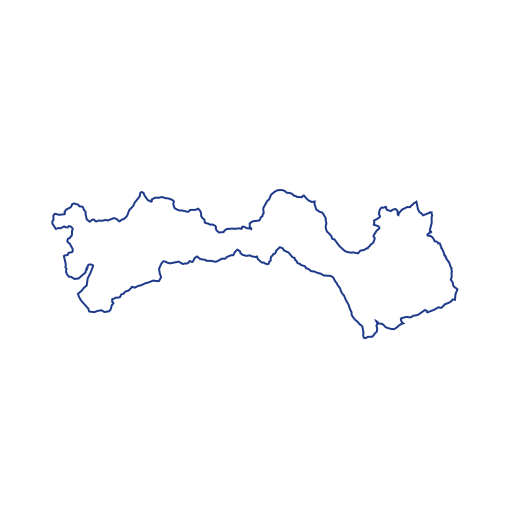 Ferreñafe, Lambayeque, Peru, rotated 234°
{"feature_id": "86281439B15952287038744", "entity_name": "Ferreñafe", "entity_type": "district", "adm_level": 2, "iso_a3": "PER", "parent_name": "Peru", "parent_adm1": "Lambayeque", "projection": "orthographic", "projection_center": [-79.498, -6.346], "detail": "fine", "context": "isolated", "style": "outline", "palette": "blue", "viewbox_px": 512, "rotation_deg": 234, "n_neighbors": 0, "source": "geoboundaries", "source_scale": "gbopen_adm2", "svg_char_len": 6145}
<svg xmlns="http://www.w3.org/2000/svg" viewBox="0 0 512 512"><g transform="rotate(234 256 256)"><path d="M291.7,317.5L293.4,316.4L295.3,314.2L296.8,311.3L297.0,307.9L296.7,304.2L294.1,299.9L293.9,297.4L290.6,290.3L290.0,289.6L286.1,287.4L285.7,285.9L284.5,284.7L284.4,282.6L283.0,280.2L282.9,279.2L285.8,274.2L286.2,272.0L286.0,270.0L283.2,268.1L281.2,268.4L280.6,267.9L282.5,266.7L283.6,265.1L286.4,263.7L287.7,262.3L287.5,261.5L286.6,260.7L286.5,260.2L288.7,258.1L290.0,255.4L291.7,253.5L295.0,248.3L295.1,245.6L294.4,243.8L296.8,239.9L299.8,239.1L301.6,239.5L303.0,240.7L304.5,240.7L307.0,239.3L308.5,237.2L310.4,236.3L312.5,234.4L313.3,234.4L315.9,235.6L318.3,235.0L320.1,235.0L323.3,236.8L325.5,237.4L328.3,237.0L328.9,234.2L332.0,229.7L331.5,227.6L331.9,226.7L336.3,222.9L337.6,221.1L339.0,219.9L342.3,218.4L343.1,218.4L346.6,219.5L348.3,221.6L349.3,221.7L351.9,220.5L354.6,218.5L355.8,216.9L359.0,214.6L360.4,211.3L362.5,208.7L363.0,204.8L361.6,204.0L361.6,203.1L364.5,201.5L365.6,201.3L370.7,201.4L373.3,202.1L375.1,200.9L375.1,199.7L372.6,196.9L370.5,189.3L368.7,186.2L367.6,180.4L364.5,175.7L363.9,173.9L363.6,171.0L364.3,168.8L364.2,166.1L364.6,165.6L367.8,165.0L370.1,163.5L371.9,156.9L373.4,155.8L375.2,151.8L377.1,149.7L377.8,147.1L378.7,146.5L380.8,146.3L381.5,145.3L381.5,141.6L385.1,140.6L390.0,142.7L391.9,144.1L395.0,144.0L396.7,144.6L398.0,144.5L399.9,142.4L402.1,142.3L405.5,139.6L405.9,137.6L404.6,135.6L404.4,134.3L405.1,130.0L404.3,127.1L403.1,126.7L402.3,125.8L404.9,121.1L408.4,118.1L407.8,115.8L404.3,113.4L403.8,111.7L401.9,110.3L395.6,110.0L394.5,113.0L393.3,114.2L392.7,118.2L391.5,118.6L389.8,120.4L390.2,121.9L389.9,122.5L388.8,123.4L386.1,123.9L385.1,123.1L384.3,121.8L381.2,119.5L380.7,118.6L380.5,117.0L379.9,116.0L380.5,114.0L378.9,112.0L377.3,111.9L375.8,112.6L369.4,111.8L367.5,110.4L367.3,109.3L368.7,106.2L367.6,104.1L369.0,101.2L368.8,100.5L362.3,97.8L360.1,96.5L359.0,95.2L357.0,95.1L354.9,93.0L352.0,92.3L349.3,92.5L347.8,94.1L344.2,95.6L342.1,99.2L342.9,108.5L344.6,110.1L344.4,111.2L345.8,111.8L345.5,112.8L347.1,114.2L347.2,114.7L347.2,115.8L346.3,117.4L344.5,118.5L343.6,118.3L339.3,111.6L336.9,106.8L331.7,101.7L331.4,98.1L330.3,94.0L330.1,89.8L327.2,88.8L323.0,88.3L312.1,89.4L309.8,88.6L308.9,88.6L305.6,92.2L304.6,95.8L302.9,99.1L299.8,100.4L297.6,104.7L298.1,106.8L301.1,110.7L301.5,112.7L302.2,113.1L303.5,112.7L305.6,114.4L305.0,116.1L304.7,118.2L303.4,119.9L302.7,121.8L304.1,124.5L303.3,127.0L303.9,128.1L303.8,130.3L302.9,132.5L303.5,136.5L304.0,137.1L303.6,138.1L301.7,139.1L300.9,143.7L300.0,145.2L298.8,151.2L298.1,152.4L296.5,158.5L294.3,160.6L292.8,162.8L294.3,166.2L295.0,166.9L298.7,168.0L302.7,170.1L305.4,174.8L306.2,177.8L304.7,179.5L303.0,180.1L300.5,182.2L296.9,190.1L292.4,192.2L291.6,194.5L290.7,195.2L290.3,197.6L290.9,198.9L290.7,199.6L289.1,200.5L288.5,201.5L290.4,205.3L290.3,208.0L286.3,209.1L282.5,212.9L281.3,213.0L277.8,217.6L275.8,219.0L274.6,221.0L273.9,226.9L272.0,229.2L272.3,232.1L271.2,236.4L270.0,238.1L271.6,241.2L272.1,244.1L271.9,244.9L268.9,245.8L267.6,245.1L265.1,245.7L261.8,248.2L260.2,251.3L258.2,252.4L255.5,255.0L255.0,256.5L252.8,255.7L248.4,256.5L246.9,257.2L246.2,258.4L244.6,258.9L242.6,260.4L242.3,261.7L243.5,263.2L243.6,265.0L246.4,267.4L246.8,270.1L247.4,271.3L246.8,272.9L247.7,274.8L248.5,275.6L249.1,280.5L246.6,282.1L244.1,281.9L239.6,284.4L233.6,284.8L231.6,286.1L230.0,285.3L228.4,285.9L226.5,285.4L224.9,286.0L224.0,286.9L222.3,287.0L219.3,289.4L218.0,289.6L216.9,289.2L215.6,290.3L213.1,291.4L211.5,291.6L209.1,294.1L206.1,295.9L203.7,298.0L200.5,299.3L196.0,304.7L193.4,305.8L188.6,305.2L186.2,305.4L184.9,304.9L180.5,305.1L177.7,304.0L173.7,303.7L172.6,304.0L167.3,302.8L162.3,302.3L157.7,300.8L154.6,300.3L152.0,298.8L150.3,298.6L146.2,298.7L143.2,299.5L139.7,299.7L137.8,300.5L136.3,300.5L131.0,298.0L128.7,296.0L126.5,295.2L125.7,295.8L125.1,296.5L124.9,298.9L122.5,302.4L122.5,303.8L123.3,305.9L123.7,308.7L124.1,309.7L126.4,311.6L128.7,312.4L129.4,313.6L129.4,314.4L132.6,315.0L131.5,315.5L129.6,315.4L126.9,318.1L125.3,318.7L122.9,318.9L121.5,319.4L117.8,322.2L115.6,324.8L115.4,328.5L115.8,330.3L115.6,333.4L115.0,335.5L115.9,335.1L118.4,335.4L120.1,336.3L120.2,337.1L118.4,341.8L115.9,344.5L115.2,345.8L115.4,347.7L113.8,350.8L113.1,353.3L113.0,360.9L111.2,361.9L110.0,361.4L109.6,361.6L107.9,368.2L107.2,373.6L105.6,374.8L105.1,375.9L105.9,380.5L104.7,385.0L104.7,388.1L105.2,388.9L105.2,389.6L103.6,391.2L107.8,394.9L110.7,399.4L115.5,398.0L118.9,399.5L122.4,399.7L123.9,401.9L127.6,404.4L128.0,405.2L129.6,405.8L131.2,407.1L132.0,406.9L137.2,408.4L142.3,408.4L143.0,409.1L144.1,408.8L145.1,409.3L145.4,408.9L146.1,408.9L148.3,409.9L152.9,410.8L153.5,410.6L154.1,411.0L157.8,412.0L158.3,412.0L159.0,410.8L159.9,411.0L161.6,410.5L162.9,409.2L165.2,409.7L167.9,409.6L169.8,408.8L171.4,407.0L172.3,407.1L172.8,408.0L172.4,411.8L172.9,412.0L173.8,411.3L174.9,412.0L179.4,417.5L184.2,420.9L185.3,422.4L187.3,423.0L188.0,423.7L189.1,422.6L189.1,421.4L190.7,415.0L192.7,415.0L195.4,414.1L198.3,414.4L205.6,417.7L205.8,413.9L205.4,412.6L205.5,410.7L204.9,409.4L206.7,407.2L207.7,401.4L206.9,397.8L206.3,396.2L205.4,395.2L205.8,395.0L207.0,395.5L209.2,397.0L212.1,396.5L213.1,393.6L213.1,391.4L216.3,389.1L217.9,389.2L219.0,390.0L219.5,389.9L220.3,387.2L221.3,386.2L221.4,385.6L220.9,384.0L219.7,381.9L217.3,380.0L215.5,379.8L214.8,379.3L214.7,376.2L215.3,372.5L215.0,372.1L213.4,371.3L212.0,369.7L208.5,372.3L207.3,372.6L206.2,372.3L205.7,371.5L205.6,368.6L203.5,363.2L202.4,362.4L201.3,362.7L200.2,362.2L198.1,359.1L197.7,357.5L197.8,355.3L197.2,354.1L197.2,352.2L196.5,350.9L197.2,349.7L197.3,347.0L199.0,343.7L198.2,340.1L201.8,336.7L203.1,334.5L205.8,332.0L208.1,330.7L215.0,329.3L223.3,329.2L224.6,328.1L225.4,327.9L228.0,328.7L232.2,328.2L233.5,327.8L235.9,328.2L238.6,329.4L241.0,332.1L244.5,333.7L245.4,334.6L250.9,335.2L252.4,335.0L254.2,333.5L258.2,332.1L263.8,333.9L265.6,335.5L266.9,332.8L268.6,332.1L269.3,331.5L272.0,330.7L276.8,330.3L277.1,329.6L276.6,327.6L279.6,324.0L281.3,323.3L282.7,322.0L284.0,322.0L285.7,321.4L287.6,319.9L289.0,318.1L291.7,317.5Z" fill="none" stroke="#1e3a8a" stroke-width="2"/></g></svg>